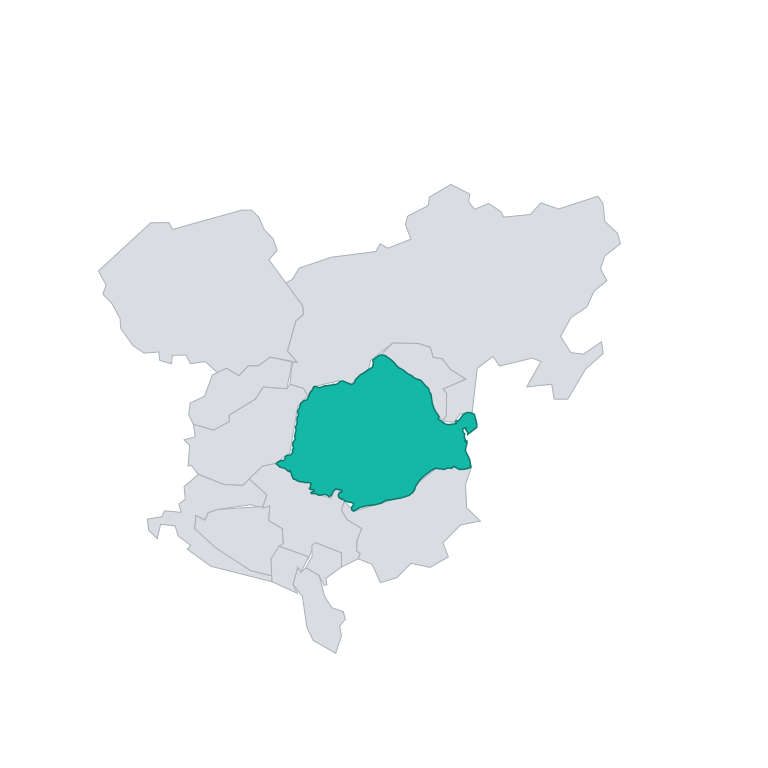 map of Romania with Ukraine, Poland, Hungary and 9 others greyed out, rotated 339°
{"feature_id": "ROU", "entity_name": "Romania", "entity_type": "country or territory", "adm_level": 0, "iso_a3": "ROU", "parent_name": "Europe", "parent_adm1": "", "projection": "orthographic", "projection_center": [24.529, 45.967], "detail": "fine", "context": "with_neighbors", "style": "filled", "palette": "teal", "viewbox_px": 768, "rotation_deg": 339, "n_neighbors": 12, "source": "natural_earth", "source_scale": "50m", "svg_char_len": 7911}
<svg xmlns="http://www.w3.org/2000/svg" viewBox="0 0 768 768"><g transform="rotate(339 384 384)"><path d="M569.6,421.6L580.9,427.6L602.1,422.6L599.6,434.0L577.1,442.6L550.1,464.0L537.4,459.1L540.5,444.3L516.2,437.9L538.6,419.3L531.7,413.0L498.2,408.6L495.8,397.3L476.7,402.7L455.2,443.9L445.1,439.2L435.3,444.7L425.4,439.6L430.7,436.0L439.1,415.2L437.3,409.8L461.9,408.7L451.1,393.9L447.3,381.3L439.4,376.7L440.3,366.3L430.6,358.5L406.7,348.9L379.9,357.2L374.9,364.5L352.8,372.4L343.2,364.9L317.4,361.2L308.4,367.5L307.2,359.3L296.1,350.6L306.2,330.6L310.5,332.5L305.7,318.6L324.2,293.5L333.9,290.0L336.1,281.5L326.7,254.7L335.8,253.6L346.3,245.4L380.1,246.7L423.9,257.4L430.8,251.7L436.2,258.6L461.1,258.4L461.1,242.9L466.3,235.8L489.3,233.2L493.3,225.8L518.0,221.7L532.1,237.4L528.3,244.2L531.1,253.4L546.4,252.9L555.0,265.1L555.5,271.1L581.5,278.2L595.4,271.1L609.7,283.2L651.0,285.3L653.1,294.1L648.4,311.4L656.1,327.1L655.0,337.8L636.2,343.6L627.4,353.9L629.1,367.4L613.3,372.6L601.2,384.6L582.2,389.1L565.9,402.9L569.6,421.6Z" fill="#d9dde1" stroke="#a8b0b8" stroke-width="1"/><path d="M326.9,183.6L327.5,197.0L332.5,208.7L332.2,220.8L321.0,226.9L336.1,281.5L333.9,290.0L324.2,293.5L305.7,318.6L310.5,332.5L287.6,318.2L273.0,322.0L263.8,318.4L251.6,324.3L242.3,312.8L233.9,316.4L225.0,298.8L210.6,295.7L209.6,286.0L196.7,281.4L192.9,289.0L183.1,281.6L185.2,273.4L171.2,269.2L163.4,258.3L158.2,238.0L161.1,227.8L158.8,211.0L153.7,199.4L160.0,192.0L158.0,176.1L224.1,149.9L241.2,156.4L241.9,163.9L313.6,170.7L322.7,174.2L326.9,183.6Z" fill="#d9dde1" stroke="#a8b0b8" stroke-width="1"/><path d="M296.1,350.6L307.2,359.3L308.4,367.5L295.6,373.6L271.5,414.4L254.3,419.3L241.1,417.2L216.0,428.1L199.0,420.8L178.1,401.9L175.1,391.1L171.7,390.4L180.6,371.5L177.3,364.5L188.8,365.6L191.6,353.3L208.5,366.0L226.0,363.6L228.1,357.6L258.4,352.0L270.2,343.5L291.6,353.6L296.1,350.6Z" fill="#d9dde1" stroke="#a8b0b8" stroke-width="1"/><path d="M388.5,357.0L406.7,348.9L430.6,358.5L440.3,366.3L439.4,376.7L447.3,381.3L451.1,393.9L461.9,408.7L437.3,409.8L439.1,415.2L430.7,436.0L425.4,439.6L421.0,425.7L421.3,399.1L394.8,359.8L388.5,357.0Z" fill="#d9dde1" stroke="#a8b0b8" stroke-width="1"/><path d="M304.7,479.4L310.7,492.1L368.9,496.5L379.7,488.5L405.5,480.6L435.1,493.8L424.1,507.0L416.8,529.2L424.8,546.4L405.1,543.0L382.1,553.3L382.1,568.5L361.2,571.7L345.0,561.1L326.5,569.4L309.5,568.2L308.2,548.0L297.1,537.9L300.9,533.7L298.5,530.0L302.6,520.3L311.3,510.9L300.8,497.4L299.1,486.2L304.7,479.4Z" fill="#d9dde1" stroke="#a8b0b8" stroke-width="1"/><path d="M264.4,581.9L263.6,589.9L255.9,594.0L254.0,603.9L242.4,618.1L226.0,598.0L224.8,583.3L231.7,553.3L227.2,538.5L237.9,524.0L239.0,529.9L245.2,527.5L254.8,539.4L252.5,560.8L255.1,574.1L264.4,581.9Z" fill="#d9dde1" stroke="#a8b0b8" stroke-width="1"/><path d="M178.1,401.9L199.0,420.8L216.0,428.1L224.3,424.2L234.9,445.6L225.9,456.5L216.6,449.0L183.6,441.5L173.6,441.2L168.3,447.1L161.3,439.3L155.5,451.4L192.4,510.2L211.3,523.4L208.5,528.4L157.0,492.1L141.1,467.6L145.7,465.8L137.4,451.8L138.2,441.5L125.1,435.0L116.8,447.2L111.9,436.2L114.6,425.3L129.2,428.3L133.7,423.7L148.6,431.1L149.5,422.6L157.2,420.3L160.6,408.2L178.1,401.9Z" fill="#d9dde1" stroke="#a8b0b8" stroke-width="1"/><path d="M306.2,330.6L291.6,353.6L270.2,343.5L258.4,352.0L228.1,357.6L226.0,363.6L208.5,366.0L191.6,353.3L190.7,342.5L196.2,332.3L212.1,331.1L227.0,314.1L242.3,312.8L251.6,324.3L263.8,318.4L273.0,322.0L287.6,318.2L306.2,330.6Z" fill="#d9dde1" stroke="#a8b0b8" stroke-width="1"/><path d="M211.3,523.4L192.4,510.2L168.3,476.8L155.5,451.4L161.3,439.3L168.3,447.1L173.6,441.2L183.6,441.5L233.7,457.0L227.4,470.1L237.2,482.5L233.1,496.7L215.8,506.8L211.3,523.4Z" fill="#d9dde1" stroke="#a8b0b8" stroke-width="1"/><path d="M224.3,424.2L241.1,417.2L254.3,419.3L265.2,431.9L267.1,441.8L280.0,449.6L281.2,462.3L293.6,471.6L300.7,464.9L306.0,468.9L300.8,473.9L304.7,479.4L299.1,486.2L300.8,497.4L311.3,510.9L302.6,520.3L298.5,530.0L300.9,533.7L297.1,537.9L278.8,539.6L283.7,526.4L262.9,507.4L249.7,520.9L251.7,518.4L227.8,497.7L233.1,496.7L237.2,482.5L227.4,470.1L233.7,457.0L225.9,456.5L234.9,445.6L224.3,424.2Z" fill="#d9dde1" stroke="#a8b0b8" stroke-width="1"/><path d="M251.7,518.4L239.0,529.9L237.9,524.0L227.2,538.5L228.1,548.3L208.5,528.4L215.8,506.8L227.8,497.7L251.7,518.4Z" fill="#d9dde1" stroke="#a8b0b8" stroke-width="1"/><path d="M255.9,550.5L254.8,539.4L245.2,527.5L255.2,519.0L258.8,508.9L262.9,507.4L283.7,526.4L278.8,539.6L260.0,544.7L258.7,550.9L255.9,550.5Z" fill="#d9dde1" stroke="#a8b0b8" stroke-width="1"/><path d="M425.0,440.7L427.4,443.8L430.4,445.3L437.1,446.8L437.7,446.5L437.8,446.2L437.3,445.8L437.2,445.2L437.5,444.4L438.4,444.3L439.9,444.9L442.7,443.8L446.8,441.0L450.7,440.3L454.3,441.6L456.2,443.2L457.5,444.8L457.2,446.9L457.1,448.1L456.5,453.5L456.0,455.5L455.1,457.7L444.2,461.0L444.8,459.7L444.4,457.5L443.9,455.9L444.8,454.3L442.3,453.9L441.3,454.8L440.5,456.3L441.4,459.6L440.3,461.5L439.9,462.5L440.0,465.0L439.3,466.1L439.2,467.2L441.0,466.8L440.3,469.0L437.2,473.2L436.1,475.7L436.9,485.2L435.7,491.0L435.6,492.7L432.1,492.9L431.0,492.8L427.6,492.1L423.7,490.8L421.3,487.9L419.8,485.9L416.7,487.0L416.0,486.7L415.1,485.8L412.7,485.2L409.7,485.3L402.8,481.7L402.1,481.0L396.8,481.8L389.0,484.0L383.0,486.4L376.9,490.8L374.4,494.0L371.5,495.7L367.3,497.0L359.8,496.6L352.0,495.1L343.6,493.4L339.1,494.3L333.0,493.6L323.8,491.4L316.9,490.7L310.2,491.8L309.1,490.8L308.8,489.8L309.1,488.3L310.1,487.1L311.7,486.2L312.6,485.3L312.7,484.4L310.9,482.8L307.2,480.6L305.7,479.3L305.3,479.0L305.3,477.8L304.5,476.9L303.1,476.2L302.0,474.9L301.2,473.1L301.4,471.5L302.6,470.0L304.1,469.3L305.8,469.6L306.6,469.1L306.3,468.0L304.6,466.6L301.5,464.8L298.3,465.7L294.9,469.1L292.5,469.6L291.2,467.2L288.6,465.7L285.0,465.1L282.7,464.1L281.9,462.7L280.4,461.6L276.9,460.3L276.9,459.3L277.5,459.0L278.7,459.0L280.4,458.8L280.7,458.2L280.7,457.7L279.4,456.9L278.1,456.4L277.4,455.9L277.0,455.3L276.9,454.7L277.3,454.4L277.9,454.4L278.4,454.1L278.8,452.8L279.5,451.7L280.1,451.4L280.1,450.6L279.6,449.8L278.9,449.2L277.8,448.8L274.5,447.5L272.9,445.9L271.8,445.8L270.2,444.9L268.5,443.4L267.1,441.5L265.5,440.2L265.1,439.6L265.1,439.1L265.4,438.6L265.4,438.0L265.1,436.2L265.4,434.2L265.5,432.3L265.5,431.5L265.2,431.2L264.9,431.5L264.5,431.8L264.1,431.9L262.9,430.5L261.5,427.6L260.5,426.7L258.6,425.3L256.9,424.1L255.9,421.8L254.7,419.9L255.6,419.2L260.4,418.4L262.6,419.6L263.6,419.2L264.7,418.5L265.2,417.8L265.4,417.1L265.9,416.3L267.5,415.9L271.8,416.7L273.6,415.5L274.3,414.9L274.7,413.4L275.2,412.2L276.8,411.6L276.8,410.6L276.6,409.4L277.6,406.8L278.2,405.7L279.1,405.3L280.2,404.5L282.0,402.9L281.7,401.4L282.1,400.3L284.1,397.6L285.6,395.1L285.6,393.7L285.9,392.6L287.2,391.4L288.6,389.8L290.5,384.8L291.1,383.9L292.3,383.0L293.2,382.1L293.4,378.7L294.2,377.8L295.8,376.7L297.3,375.0L298.6,373.0L299.6,372.1L300.9,371.8L302.3,371.1L303.8,370.8L305.3,371.2L306.2,371.0L307.6,370.1L311.3,366.4L311.8,365.6L312.6,365.1L315.5,363.9L316.3,362.6L317.3,361.4L318.6,361.5L322.8,364.5L327.3,364.4L328.1,364.5L328.4,364.6L329.0,364.8L335.0,366.3L335.9,366.1L336.2,366.0L338.6,367.2L340.7,367.1L342.8,366.3L344.9,366.0L346.8,366.5L348.3,368.1L352.2,371.7L353.3,373.0L355.1,372.8L357.0,372.1L359.0,369.7L365.0,367.0L369.6,366.3L374.1,365.1L379.3,364.2L380.8,362.0L381.6,360.5L382.1,357.7L384.9,356.8L387.5,356.2L388.5,355.8L390.4,355.7L391.9,355.9L394.3,357.2L396.0,358.8L396.7,360.2L398.1,362.1L399.7,364.7L401.4,368.3L401.8,370.1L402.5,372.0L403.8,374.4L406.2,377.0L406.6,377.4L407.7,379.3L409.9,383.3L411.7,384.9L413.2,386.7L414.0,388.5L415.2,390.1L417.8,392.1L419.9,394.0L421.8,399.7L423.1,402.3L423.9,404.2L423.7,408.3L424.3,410.0L423.5,413.3L422.1,419.7L421.9,424.8L422.3,427.6L422.4,429.3L422.9,430.4L423.5,432.7L423.6,434.8L423.0,435.4L422.2,435.9L421.9,436.3L422.7,437.2L423.9,438.8L425.0,440.7Z" fill="#14b8a6" stroke="#0f766e" stroke-width="1.5"/></g></svg>